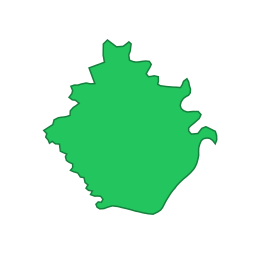 outline of Iraí, Rio Grande do Sul, Brazil, rotated 158°
{"feature_id": "56859067B57334464223199", "entity_name": "Iraí", "entity_type": "district", "adm_level": 2, "iso_a3": "BRA", "parent_name": "Brazil", "parent_adm1": "Rio Grande do Sul", "projection": "mercator", "projection_center": [-53.247, -27.255], "detail": "fine", "context": "isolated", "style": "filled", "palette": "green", "viewbox_px": 256, "rotation_deg": 158, "n_neighbors": 0, "source": "geoboundaries", "source_scale": "gbopen_adm2", "svg_char_len": 2038}
<svg xmlns="http://www.w3.org/2000/svg" viewBox="0 0 256 256"><g transform="rotate(158 128 128)"><path d="M53.0,80.7L50.2,83.7L48.7,87.8L48.3,92.2L55.3,100.0L59.7,100.0L65.2,96.7L71.5,98.6L72.9,102.3L71.7,105.4L69.2,106.5L63.8,108.2L61.1,109.2L58.3,110.2L55.3,113.1L56.7,117.0L61.3,118.9L67.0,120.6L69.9,123.1L71.4,126.1L71.2,129.3L68.9,132.4L65.7,134.6L62.6,135.4L59.6,135.7L57.1,137.3L55.5,140.6L55.3,144.0L54.5,148.0L54.9,151.6L59.0,150.5L61.5,147.8L64.2,145.8L67.5,147.5L71.5,149.3L76.4,151.8L82.1,155.0L84.1,157.4L82.2,160.1L80.7,164.2L84.2,166.6L87.0,167.1L89.8,167.9L90.8,171.5L87.7,174.0L85.1,175.9L82.6,178.3L83.3,181.8L86.6,183.5L90.4,184.6L93.7,185.3L96.3,186.3L98.6,187.8L101.2,190.3L100.0,195.4L97.0,198.7L95.3,201.8L93.6,204.8L94.9,207.5L97.9,206.6L101.9,205.5L108.3,207.6L114.1,217.3L119.4,215.1L123.7,204.9L125.2,197.8L141.6,198.3L142.1,181.6L146.3,183.0L149.9,185.4L155.2,186.3L158.6,186.6L161.7,187.9L165.3,188.1L165.3,183.4L167.3,180.8L171.2,178.5L169.1,175.0L166.4,173.5L164.0,169.3L168.0,168.1L171.1,167.5L175.1,165.5L177.0,161.4L180.5,161.6L183.3,162.2L186.4,163.1L189.0,163.6L193.5,163.2L196.4,159.3L207.0,157.3L205.4,153.1L207.7,150.4L206.5,146.8L206.5,143.3L203.3,144.0L201.3,140.6L197.6,138.7L198.4,135.7L199.4,131.8L196.7,128.9L194.5,126.8L196.8,124.8L197.2,121.0L195.6,118.5L192.8,115.5L194.1,112.0L197.2,110.3L194.9,107.9L191.4,105.1L190.5,100.4L187.4,98.5L188.2,93.5L186.4,90.3L189.5,87.9L188.0,85.0L184.6,82.9L187.7,80.3L184.4,77.3L181.6,76.3L178.9,74.9L177.9,71.3L180.5,69.1L183.3,70.6L186.3,69.3L186.3,66.1L184.4,63.6L180.5,62.3L176.4,62.2L171.7,61.7L166.6,58.9L163.7,56.7L159.6,53.9L155.5,50.8L152.1,48.1L149.0,46.1L146.2,44.0L141.5,41.0L137.0,38.7L132.1,39.0L128.5,39.7L125.8,41.3L123.0,43.7L119.7,46.5L116.6,48.8L113.1,51.3L109.7,53.4L107.0,54.7L104.5,56.3L101.3,57.8L96.1,59.9L91.9,61.2L86.6,63.2L82.6,65.2L80.2,66.9L77.4,69.6L75.1,72.6L72.8,76.0L71.2,80.2L69.8,83.2L67.6,86.1L64.7,88.9L62.0,89.8L58.7,89.2L56.2,87.9L54.2,84.9L53.0,80.7Z" fill="#22c55e" stroke="#15803d" stroke-width="1.5"/></g></svg>